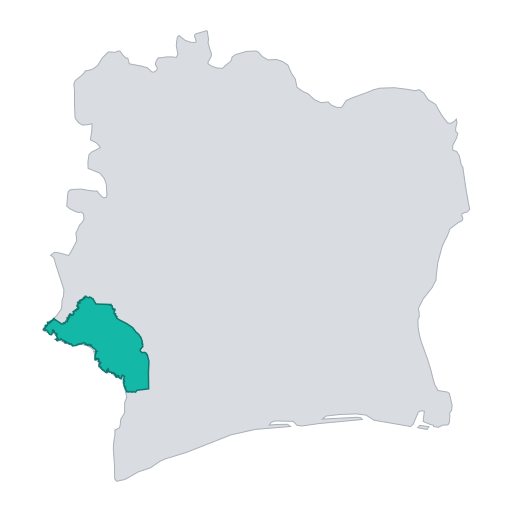 Cavally, Cavally, Ivory Coast (highlighted)
{"feature_id": "98640826B42717034718743", "entity_name": "Cavally", "entity_type": "district", "adm_level": 2, "iso_a3": "CIV", "parent_name": "Ivory Coast", "parent_adm1": "Cavally", "projection": "mercator", "projection_center": [-7.871, 6.299], "detail": "fine", "context": "in_parent", "style": "filled", "palette": "teal", "viewbox_px": 512, "rotation_deg": 0, "n_neighbors": 0, "source": "geoboundaries", "source_scale": "gbopen_adm2", "svg_char_len": 9142}
<svg xmlns="http://www.w3.org/2000/svg" viewBox="0 0 512 512"><path d="M85.4,70.7L87.4,70.7L92.8,69.1L97.7,65.5L102.3,57.9L108.4,51.9L115.4,52.3L117.4,51.2L119.9,51.0L122.8,55.0L125.7,58.0L127.8,58.1L129.3,63.8L142.0,66.2L147.4,67.8L152.0,72.0L153.6,72.1L155.5,71.2L157.0,69.7L157.3,68.1L155.3,64.4L156.2,61.0L158.2,57.9L161.5,57.7L166.4,56.9L172.0,56.9L176.2,57.4L177.9,54.4L176.3,45.8L176.7,41.1L177.4,37.2L179.0,35.5L185.3,40.5L191.0,42.3L195.1,42.5L196.3,41.5L194.5,36.1L195.0,34.4L196.5,33.5L199.2,32.9L206.5,30.7L207.3,31.2L208.6,39.7L208.0,42.5L209.6,48.4L211.4,53.8L211.3,56.0L209.7,59.3L207.9,62.4L208.1,63.7L211.0,65.8L216.6,67.9L222.4,68.4L225.6,65.3L229.0,62.7L231.3,60.4L232.1,57.0L235.7,54.6L246.2,51.4L255.9,51.0L258.2,52.0L262.5,56.7L268.1,59.9L276.5,59.5L282.6,61.5L287.9,65.1L291.4,73.2L295.3,79.0L297.0,87.3L303.1,91.6L307.9,93.6L314.3,99.6L321.1,102.7L328.0,101.9L331.3,105.1L336.5,107.3L341.6,107.5L346.2,100.5L352.2,97.8L367.5,92.3L373.5,89.8L379.6,88.2L394.3,87.7L407.9,89.4L414.7,90.7L419.3,89.7L423.7,93.0L428.3,99.9L432.0,102.1L435.8,104.5L438.6,110.0L441.9,115.4L443.7,117.8L447.8,123.1L451.3,123.2L454.8,120.9L456.3,119.1L457.0,122.7L455.6,128.4L455.9,131.9L457.8,133.3L456.7,137.8L452.7,145.5L452.7,150.1L456.7,151.5L459.5,156.4L461.2,164.7L463.0,167.5L463.1,169.2L466.0,189.2L469.6,209.4L467.3,212.0L464.2,212.8L462.2,213.7L461.6,215.6L462.9,218.3L462.0,220.8L458.2,222.6L449.7,229.0L449.1,231.5L446.9,236.9L445.0,240.3L442.2,246.4L437.8,262.7L436.2,276.2L436.0,280.3L434.3,283.2L432.3,287.4L423.1,299.0L418.4,308.4L419.1,312.5L419.3,316.6L417.9,319.6L418.1,327.6L419.3,334.2L420.9,340.8L427.6,359.3L431.0,370.5L433.2,379.6L435.1,385.6L436.9,388.1L437.6,390.4L447.5,392.1L449.4,393.5L452.1,405.3L451.6,410.6L449.7,412.6L449.8,417.1L449.3,422.7L447.9,424.9L442.3,425.2L438.6,427.3L433.6,426.5L433.2,425.1L430.5,424.6L423.1,421.4L424.4,411.2L421.0,410.8L418.3,412.1L413.1,424.4L410.6,426.5L374.0,420.2L366.0,415.1L356.5,413.9L339.9,414.5L326.2,416.0L322.3,419.1L356.8,417.3L360.6,417.6L362.3,419.5L318.6,423.6L301.9,426.0L297.0,425.3L293.2,421.4L275.1,420.9L271.4,422.2L269.1,425.1L276.2,424.5L287.5,424.3L290.5,426.5L255.3,429.4L230.8,434.9L220.5,439.0L186.4,452.4L165.6,458.8L160.2,461.1L150.7,467.7L138.5,471.8L124.9,479.5L116.6,481.3L114.7,478.8L114.5,465.8L113.3,448.2L113.8,441.5L114.9,435.2L114.9,430.0L119.0,428.1L120.1,425.9L120.8,419.1L124.6,412.9L124.7,402.1L125.9,399.8L126.7,397.0L125.1,389.9L122.9,376.5L121.9,375.6L120.9,376.2L118.8,376.4L110.2,371.8L103.6,371.0L99.0,367.1L98.6,362.6L96.4,359.9L94.8,354.7L92.5,348.8L86.0,345.1L79.9,344.3L75.5,345.0L70.4,344.8L64.6,342.8L60.5,340.6L56.7,336.2L53.2,332.7L50.4,333.1L46.9,332.3L43.5,330.7L42.4,329.5L56.6,315.6L61.4,308.8L61.9,304.7L62.0,300.4L63.5,296.1L63.9,289.6L56.1,265.7L54.1,258.3L52.0,256.2L50.6,255.4L54.6,252.3L60.1,253.1L68.5,255.5L70.3,253.1L76.6,241.1L76.4,236.6L75.8,233.5L79.5,225.2L82.5,222.0L84.0,218.6L83.5,213.9L81.3,212.1L78.4,212.5L74.8,211.3L69.5,208.6L66.8,206.2L67.6,195.3L68.1,191.9L70.0,189.9L72.9,189.4L81.3,189.1L88.0,190.3L93.9,191.1L97.1,191.0L99.6,194.3L103.0,197.6L106.0,197.6L107.0,195.1L106.3,184.3L104.3,178.6L99.8,173.1L88.1,168.4L87.9,161.9L89.0,154.7L91.6,152.1L100.3,147.6L98.7,145.2L96.0,142.6L90.4,139.9L91.7,131.4L92.0,123.8L87.3,124.7L82.5,125.1L78.5,122.7L75.1,118.1L74.5,105.4L74.5,90.7L73.8,84.2L75.1,80.7L79.2,77.5L83.8,73.4L85.4,70.7ZM428.9,426.7L427.0,429.5L417.7,427.7L419.9,425.3L428.9,426.7Z" fill="#d9dde1" stroke="#a8b0b8" stroke-width="1"/><path d="M85.2,296.2L85.0,296.5L85.3,296.5L84.9,296.9L85.0,297.1L84.9,297.4L84.2,297.4L84.1,297.9L83.8,297.5L83.6,297.6L83.4,298.2L83.8,298.5L83.5,298.5L83.0,299.1L82.4,299.1L82.4,299.7L81.5,299.8L81.8,300.2L80.9,300.5L80.4,301.1L80.4,300.5L80.0,300.3L79.6,300.5L79.5,301.3L79.1,301.7L79.4,302.3L78.8,301.9L78.1,302.4L77.6,302.4L77.5,302.7L77.7,302.9L77.9,302.7L77.9,303.1L78.8,303.5L78.4,303.7L78.3,303.4L78.0,303.5L78.1,304.3L78.4,304.5L78.7,304.5L78.1,304.5L77.6,305.0L77.1,305.2L77.3,306.1L77.0,306.2L77.1,306.5L77.5,306.7L77.8,305.8L78.1,306.1L78.1,306.4L78.0,306.8L77.7,306.7L77.7,306.8L78.6,307.4L78.4,307.6L78.7,307.8L78.6,308.1L78.2,308.4L78.5,308.5L78.9,308.3L78.4,308.8L77.8,308.3L77.4,309.2L77.1,308.9L76.8,308.9L76.7,309.0L76.8,309.6L76.4,309.5L76.0,310.3L75.7,309.8L75.4,309.9L74.6,310.8L74.8,311.0L74.1,311.6L73.5,311.3L73.1,311.6L73.6,312.4L73.3,312.8L73.3,313.5L73.7,313.7L73.5,314.2L73.3,314.2L73.1,314.5L73.5,314.5L73.4,314.7L72.5,314.8L72.2,315.4L71.2,315.6L70.9,315.4L71.4,314.9L71.1,314.3L70.8,314.0L69.9,314.0L69.9,314.9L69.8,315.0L69.3,314.9L69.2,315.1L69.5,315.6L68.6,316.0L68.5,316.3L69.3,316.8L69.3,317.2L69.7,317.5L69.3,317.3L69.4,317.8L69.2,317.9L68.2,317.8L68.2,318.5L67.9,318.5L67.5,317.9L67.0,318.0L67.1,318.3L67.8,318.8L68.1,319.4L67.0,319.9L67.2,320.2L67.6,320.0L67.3,320.3L67.6,321.1L67.4,321.6L67.1,321.7L66.0,321.2L65.8,321.9L64.9,322.4L64.7,323.3L64.3,322.8L63.4,322.9L63.1,323.8L62.2,324.3L54.1,319.0L54.2,318.6L53.7,318.5L53.2,319.0L53.1,319.7L53.3,320.0L52.5,320.3L52.3,320.7L51.7,320.5L51.5,320.8L50.7,321.0L50.6,321.5L50.9,321.9L50.5,322.2L50.3,321.7L49.9,321.6L49.4,322.1L49.4,323.2L49.0,323.0L48.5,323.2L47.9,322.1L47.4,322.4L47.7,323.7L47.4,325.5L47.1,325.7L46.0,325.1L45.4,325.3L45.1,326.0L45.9,326.7L45.4,327.0L45.0,328.4L44.6,328.2L44.0,328.4L44.1,329.0L43.8,329.6L44.0,329.9L44.2,330.2L46.2,330.1L47.7,331.1L48.1,332.2L49.2,333.8L49.8,334.4L51.2,334.8L51.9,334.2L51.9,333.4L52.7,332.8L53.0,332.2L52.4,330.3L52.6,329.9L53.8,330.5L54.0,330.7L54.2,332.1L54.6,332.3L54.8,332.9L56.9,334.0L55.9,335.0L56.3,335.5L56.6,335.2L56.6,335.9L57.1,336.4L57.0,337.3L57.8,338.3L57.3,338.7L56.6,338.8L55.7,339.3L56.3,339.5L56.9,340.6L57.7,340.8L57.9,340.0L58.5,340.0L58.7,339.7L59.3,340.0L60.2,339.7L60.8,338.8L61.1,339.3L61.5,339.3L62.4,340.1L62.8,340.1L63.2,340.9L63.6,340.9L63.9,340.6L64.7,340.8L64.8,340.9L64.7,341.5L65.8,341.6L65.6,342.0L65.1,342.0L64.8,342.2L64.9,342.8L66.2,343.0L66.6,342.7L67.2,342.9L67.7,342.5L69.3,344.0L69.9,343.7L70.1,344.1L70.9,343.8L71.1,344.1L71.3,344.1L71.5,344.8L72.3,345.1L72.3,345.5L72.7,346.0L73.6,345.6L75.7,345.6L77.1,344.8L77.6,345.0L77.9,344.9L78.3,343.9L79.2,344.3L79.8,343.9L80.1,344.0L80.5,343.8L81.2,344.0L81.7,343.4L82.6,343.1L83.0,343.1L84.5,342.7L85.1,343.7L85.0,344.3L85.2,344.5L86.0,344.2L86.1,344.6L86.3,344.6L86.5,344.3L86.8,344.5L87.2,345.2L87.6,345.3L87.8,345.2L88.3,344.4L88.5,344.4L89.3,345.4L89.7,345.5L90.0,345.4L90.3,344.8L90.5,345.1L90.4,345.9L90.7,346.1L91.1,346.0L91.1,345.4L91.2,345.1L91.4,345.1L92.0,346.8L93.1,347.8L94.7,348.8L96.3,350.8L97.1,351.4L96.7,351.6L95.9,351.4L95.4,351.8L96.0,352.3L95.8,353.0L96.1,353.6L95.3,354.0L95.1,354.4L95.3,355.7L94.9,356.3L95.1,358.0L94.8,358.4L94.9,358.8L95.4,358.9L95.0,359.6L95.2,360.0L95.6,359.9L96.3,359.5L96.3,358.9L96.6,358.4L97.3,358.7L97.6,359.2L98.0,359.2L98.2,358.6L99.0,359.3L99.1,359.9L98.5,360.7L98.5,361.2L100.6,362.5L100.8,362.8L99.6,363.3L99.4,363.6L99.3,363.9L99.7,364.7L99.0,365.0L99.1,366.5L101.2,367.2L100.9,367.7L101.1,368.5L102.3,369.4L102.9,370.2L103.4,370.1L105.4,372.1L106.6,372.7L106.9,372.7L107.5,372.0L106.7,371.1L106.6,370.5L107.1,370.4L107.5,369.4L108.1,368.9L108.1,369.5L108.4,369.9L108.1,370.7L108.2,371.5L108.4,371.7L109.0,371.2L109.7,372.1L110.1,371.9L110.5,372.1L110.8,372.0L111.2,372.3L111.5,372.2L111.7,373.1L112.1,372.9L112.4,373.5L112.7,373.4L113.0,372.8L113.5,372.6L113.9,372.9L115.6,374.4L114.7,374.3L114.2,374.6L114.3,374.9L115.2,375.0L115.4,376.2L116.3,377.3L116.7,377.2L116.8,376.7L116.6,376.3L117.3,376.3L117.8,375.6L118.1,375.6L118.6,375.7L118.7,376.4L118.0,376.5L118.0,376.9L118.9,377.0L119.2,377.3L119.1,377.6L119.6,377.9L119.9,378.3L120.2,378.3L120.7,378.7L121.3,378.8L121.5,378.5L121.5,377.4L121.9,377.1L121.6,376.3L122.1,375.2L123.1,375.6L123.3,375.8L123.5,375.7L123.5,376.0L124.4,376.6L124.2,376.8L124.3,377.9L123.4,379.6L123.7,380.0L123.5,380.5L124.1,380.5L124.5,381.2L124.4,381.5L123.4,382.4L123.4,383.0L123.8,383.2L124.1,383.8L123.9,384.3L124.1,385.6L124.3,385.8L124.2,386.4L124.6,387.1L125.3,387.0L125.0,388.0L125.5,388.4L125.6,389.5L126.0,390.2L126.7,390.9L126.6,391.7L126.7,391.8L127.6,391.7L128.0,392.0L129.4,391.8L130.3,391.9L130.8,391.5L131.6,392.0L132.3,392.2L133.4,391.5L134.4,392.0L135.6,392.1L136.9,390.3L148.6,388.8L148.4,373.2L148.9,361.3L147.2,354.6L146.4,354.2L146.1,353.7L146.2,353.3L145.5,352.8L145.1,352.8L144.1,352.3L143.2,352.7L142.1,352.5L141.6,352.3L140.2,350.8L140.1,350.3L140.4,349.8L140.4,349.1L141.4,348.4L141.7,347.6L142.8,346.7L142.5,345.2L142.8,344.1L142.3,343.8L141.9,342.9L142.4,341.9L140.9,337.4L139.8,336.2L139.3,335.1L137.2,333.0L136.2,332.4L132.7,327.7L127.0,323.8L119.6,320.0L116.5,318.0L116.7,317.1L117.0,316.8L116.5,316.4L115.6,316.1L115.5,315.8L116.0,315.6L115.5,314.8L115.3,314.2L115.5,313.8L115.2,313.7L114.5,314.0L114.4,313.2L114.0,313.0L114.0,312.2L114.3,311.2L114.7,310.9L114.6,310.6L115.1,309.6L115.0,309.3L114.4,309.1L114.1,309.5L113.7,309.6L113.5,308.7L113.1,308.5L112.6,308.9L112.1,305.8L111.6,305.5L111.3,305.5L110.8,305.0L110.1,304.9L110.5,304.5L95.9,304.0L92.8,298.6L92.1,298.6L91.0,297.5L89.5,297.1L89.2,297.7L88.5,297.8L88.0,297.4L86.4,297.0L85.2,296.2Z" fill="#14b8a6" stroke="#0f766e" stroke-width="1.5"/></svg>